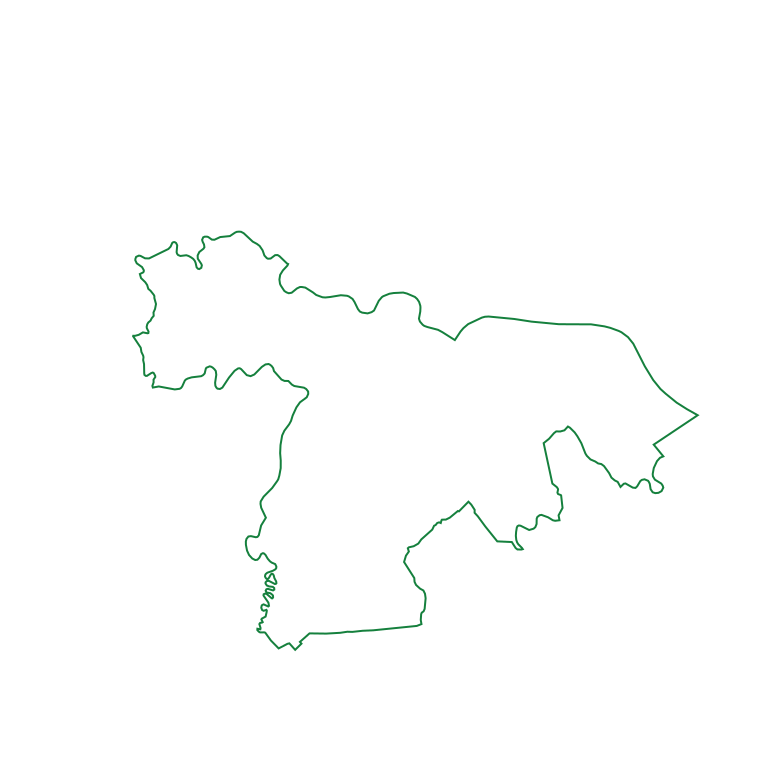 the district of Go Quao, Kiên Giang, Vietnam, rotated 146°
{"feature_id": "81297802B76509043653809", "entity_name": "Go Quao", "entity_type": "district", "adm_level": 2, "iso_a3": "VNM", "parent_name": "Vietnam", "parent_adm1": "Kiên Giang", "projection": "robinson", "projection_center": [105.33, 9.72], "detail": "fine", "context": "isolated", "style": "outline", "palette": "green", "viewbox_px": 768, "rotation_deg": 146, "n_neighbors": 0, "source": "geoboundaries", "source_scale": "gbopen_adm2", "svg_char_len": 6166}
<svg xmlns="http://www.w3.org/2000/svg" viewBox="0 0 768 768"><g transform="rotate(146 384 384)"><path d="M158.2,294.1L159.7,296.7L165.0,304.0L169.0,308.5L178.9,317.6L205.6,335.8L226.8,353.2L239.7,365.1L259.5,381.4L262.7,383.3L265.7,384.3L280.7,386.6L286.9,385.9L291.2,384.7L300.7,380.8L306.6,394.3L308.9,398.7L316.1,406.9L318.1,409.6L318.8,411.5L319.3,415.7L318.5,418.6L313.4,423.8L311.1,426.9L310.2,428.4L309.0,432.4L309.0,436.0L309.7,438.9L314.4,446.2L317.0,449.1L325.1,454.0L329.0,455.8L335.5,457.2L337.2,457.2L341.8,455.9L351.2,450.5L354.1,450.5L358.1,451.7L362.2,455.4L363.5,457.6L363.7,460.7L362.6,468.4L362.5,472.1L364.2,476.3L365.3,477.8L370.1,481.7L380.1,486.3L384.2,488.5L386.5,490.3L390.4,495.7L391.7,499.7L395.3,507.9L397.9,510.4L399.4,511.4L402.7,511.9L409.5,511.3L412.2,512.5L413.6,514.5L414.6,516.9L414.5,523.4L414.2,525.2L412.3,529.1L409.0,532.6L404.3,534.7L397.8,536.2L396.4,537.1L397.0,538.1L399.2,548.4L400.1,550.4L402.2,551.7L407.8,551.4L410.1,552.7L410.8,553.9L411.3,557.4L409.9,562.7L409.9,568.0L411.0,571.2L413.2,575.4L416.0,587.5L417.4,590.1L419.0,591.4L421.0,592.5L422.8,592.8L429.0,592.8L437.6,597.4L443.9,598.4L446.0,600.0L447.5,604.1L448.3,605.1L450.2,606.4L451.9,606.7L454.2,605.2L454.8,603.3L455.2,600.3L456.4,597.8L458.0,597.1L463.3,596.7L466.6,594.8L468.3,592.0L468.3,585.9L468.6,584.3L470.5,582.5L472.9,582.6L473.8,583.6L474.1,585.5L472.4,589.9L472.0,592.1L472.2,594.4L473.1,596.8L474.4,599.4L475.9,601.3L481.2,604.0L482.6,606.1L482.7,607.8L482.2,609.3L477.9,614.6L477.5,617.1L478.2,618.7L479.4,619.4L480.6,619.4L484.1,617.2L487.2,616.5L508.6,619.5L511.8,621.8L514.2,626.3L515.4,627.5L518.4,628.0L520.2,626.7L521.0,625.6L521.5,622.3L519.2,616.2L519.5,612.6L520.4,611.5L521.3,611.2L524.9,611.7L526.2,607.7L525.0,601.9L525.0,598.5L526.2,594.7L525.4,591.8L525.0,586.7L525.2,585.3L526.3,583.7L528.3,577.8L531.9,574.2L535.1,572.2L536.8,569.3L539.9,568.4L542.1,567.1L545.0,566.8L546.9,565.9L548.8,564.1L549.4,562.9L549.9,559.1L550.9,558.0L551.7,558.3L555.0,561.6L559.8,561.9L563.3,563.1L564.9,564.2L565.3,563.9L565.4,550.1L567.2,546.2L567.8,542.2L568.4,540.7L570.3,538.5L571.8,534.7L576.9,526.8L577.5,525.5L577.0,524.0L576.0,523.3L570.8,523.2L569.3,522.8L568.8,521.9L569.1,518.8L569.7,517.7L572.6,516.5L574.1,514.2L577.1,511.9L577.6,510.3L572.1,507.9L560.5,496.5L556.1,494.3L554.5,494.2L552.7,494.8L547.2,498.2L545.7,498.5L543.7,498.3L539.8,497.1L531.2,492.7L529.1,492.5L526.8,493.0L523.1,496.4L522.1,496.8L518.6,496.1L517.5,494.8L516.8,493.2L516.3,490.9L516.2,488.8L517.9,485.4L523.3,479.5L524.8,476.8L525.0,474.8L524.7,473.3L522.8,471.6L520.0,471.4L508.9,476.0L500.5,478.5L496.2,478.5L494.8,477.7L494.1,476.2L492.8,468.1L490.2,465.1L486.2,464.4L475.7,466.5L471.3,466.5L468.5,465.1L467.7,463.7L467.1,461.7L467.0,459.2L468.0,456.2L466.5,445.0L464.7,442.1L461.6,440.0L460.7,435.0L459.5,432.5L452.4,425.7L451.3,423.3L451.1,420.2L452.4,418.1L455.5,416.2L463.9,415.8L469.7,413.6L477.4,408.9L481.7,405.4L485.2,403.6L492.7,401.0L497.2,398.3L503.9,391.3L508.8,384.7L512.4,378.3L516.7,372.0L522.0,366.6L525.0,364.1L527.0,363.2L534.9,360.3L546.8,357.9L551.9,355.6L553.4,353.7L555.0,350.1L556.7,339.2L565.0,335.4L572.4,328.6L574.4,328.0L575.9,328.6L579.4,332.3L581.7,333.4L584.6,332.5L586.6,330.7L588.4,327.9L590.7,322.5L591.5,317.7L590.8,313.0L589.2,310.1L587.2,309.1L584.4,309.7L580.9,311.7L579.1,311.5L578.4,310.9L577.8,308.7L578.1,304.2L577.7,300.8L577.0,298.8L574.9,295.5L575.3,292.9L576.2,291.7L577.6,291.1L580.5,291.3L586.3,292.8L588.3,292.6L589.4,292.0L590.3,290.9L590.5,289.5L590.3,288.1L589.7,287.3L587.8,287.6L584.5,289.3L583.3,289.5L582.5,288.9L582.4,287.1L583.4,284.4L583.8,280.6L584.6,279.0L585.4,278.8L586.3,279.2L589.6,285.3L591.4,286.2L593.1,285.8L593.8,284.8L593.8,282.5L592.4,280.4L589.6,278.0L589.1,276.3L589.9,274.9L591.4,274.9L594.9,279.2L596.3,279.6L597.7,278.8L598.0,276.9L595.2,274.1L594.4,271.6L594.4,270.6L595.2,269.2L596.3,268.7L596.9,269.1L598.7,275.6L599.8,276.7L601.3,277.0L602.1,276.2L602.2,275.4L602.1,267.4L603.4,264.4L604.4,264.3L607.0,268.6L608.5,268.9L609.4,268.6L610.9,267.1L611.4,264.7L610.6,263.3L607.8,262.5L607.9,261.6L609.0,260.4L612.2,257.4L616.5,257.8L617.3,257.4L617.7,254.4L618.6,254.4L620.2,255.2L621.2,254.9L621.6,254.6L622.8,250.7L623.7,249.8L625.8,251.9L626.6,250.9L626.3,248.7L625.6,247.3L622.2,245.1L621.5,244.2L621.2,234.6L619.2,223.7L609.4,222.6L607.5,221.9L606.3,213.3L597.6,214.9L597.9,217.2L585.2,218.9L571.5,209.4L559.4,202.2L552.9,199.1L548.9,196.2L539.6,191.3L530.8,185.9L492.1,165.1L487.2,164.0L485.5,167.8L481.9,172.4L480.6,173.3L478.3,173.4L476.1,174.8L469.3,183.1L467.3,187.2L466.8,190.8L468.5,194.1L469.8,199.5L469.3,202.9L467.4,206.2L466.9,225.2L461.8,229.4L457.1,231.2L456.1,234.5L454.7,234.7L450.1,232.9L444.8,232.5L440.0,234.3L425.4,236.3L421.7,238.5L420.1,238.2L417.6,239.0L415.7,238.5L414.7,237.0L412.5,238.9L411.8,239.1L408.5,237.0L404.2,236.4L393.8,237.4L393.1,236.5L379.8,239.2L379.1,235.2L379.2,229.0L380.9,226.6L380.2,221.9L379.7,209.3L378.1,190.2L366.4,181.5L366.6,174.4L365.9,172.2L362.6,169.9L361.3,169.5L361.3,171.0L362.3,176.2L362.2,178.3L361.5,180.8L359.6,184.4L357.2,187.5L354.2,190.7L352.8,191.5L351.3,191.3L350.0,190.1L345.3,181.8L340.9,180.4L338.6,180.7L335.8,182.6L332.7,187.0L331.2,188.0L328.4,188.2L326.6,187.4L322.5,181.7L320.2,176.6L318.6,174.9L314.7,172.9L312.7,177.5L305.3,181.4L299.5,192.5L299.5,193.0L301.2,195.4L301.0,196.9L298.6,199.3L298.4,200.0L298.4,201.9L300.1,207.3L284.7,245.7L277.7,246.3L270.6,248.2L267.7,248.4L264.5,246.1L260.3,244.7L255.3,245.9L254.3,243.8L253.0,237.3L252.9,232.5L253.5,224.5L255.9,213.8L256.0,211.1L255.0,206.0L252.2,201.6L250.9,198.4L248.6,196.1L247.5,192.9L247.2,184.2L247.8,179.2L246.6,175.0L245.0,172.2L245.5,166.4L241.0,167.2L239.4,166.5L235.7,159.0L233.6,157.2L231.3,157.6L225.8,160.2L223.8,160.3L221.3,159.3L219.2,156.1L219.2,154.5L219.5,152.6L221.8,147.7L221.8,144.0L220.1,141.8L217.3,140.3L213.8,140.0L210.4,141.9L209.8,143.9L209.8,146.4L212.9,153.2L212.7,157.0L211.6,159.1L207.3,163.5L200.8,167.4L196.4,168.5L192.9,167.8L194.3,182.9L141.4,182.7L146.9,193.7L151.8,204.9L155.9,218.4L157.6,225.3L158.6,236.7L157.9,252.8L154.8,278.0L155.5,286.4L158.2,294.1Z" fill="none" stroke="#15803d" stroke-width="2"/></g></svg>